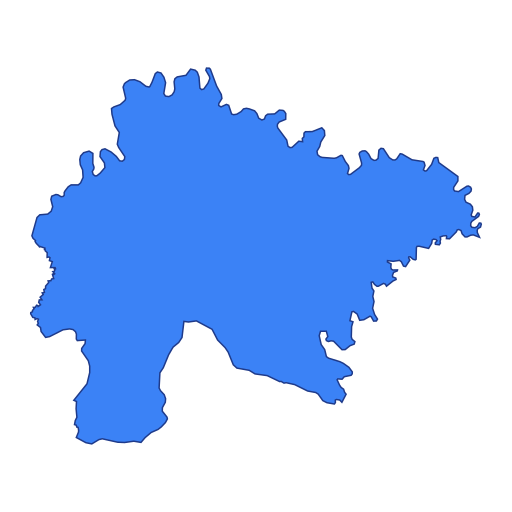 outline of Rattanaburi, Surin, Thailand
{"feature_id": "78962969B68568199624354", "entity_name": "Rattanaburi", "entity_type": "district", "adm_level": 2, "iso_a3": "THA", "parent_name": "Thailand", "parent_adm1": "Surin", "projection": "albers", "projection_center": [103.879, 15.335], "detail": "fine", "context": "isolated", "style": "filled", "palette": "blue", "viewbox_px": 512, "rotation_deg": 0, "n_neighbors": 0, "source": "geoboundaries", "source_scale": "gbopen_adm2", "svg_char_len": 5959}
<svg xmlns="http://www.w3.org/2000/svg" viewBox="0 0 512 512"><path d="M443.2,235.9L446.2,235.7L446.7,236.3L446.4,238.6L449.5,238.8L456.3,231.9L457.2,229.9L458.8,229.5L461.0,230.5L462.1,233.8L465.0,236.9L467.1,236.9L470.7,235.2L473.3,234.9L479.5,237.3L477.3,232.5L477.2,230.3L477.8,228.7L480.5,227.1L481.3,224.2L480.8,223.1L479.3,223.0L477.3,226.4L475.0,227.7L471.9,227.3L470.7,225.7L470.8,223.2L471.8,221.4L478.6,216.4L479.4,214.4L478.8,213.1L477.7,213.0L474.9,217.0L471.8,216.4L471.2,214.9L472.8,210.2L472.4,206.8L470.4,204.2L466.0,202.2L464.6,199.3L465.0,195.4L468.9,193.4L471.0,191.2L471.4,189.0L470.6,187.2L468.5,186.0L466.9,186.2L458.5,191.6L454.6,191.0L453.6,189.5L453.7,187.3L457.9,180.9L457.9,176.5L438.8,162.6L437.7,157.6L435.9,157.4L433.9,158.3L431.6,164.4L426.6,170.7L425.1,171.1L423.4,169.9L425.0,165.5L424.1,162.2L423.0,161.5L412.0,159.8L402.2,154.1L400.2,153.7L396.7,158.9L395.0,160.0L392.7,159.9L389.3,157.7L383.4,148.7L381.0,148.3L378.9,150.1L378.1,158.4L376.0,160.2L374.0,160.4L371.0,158.6L368.7,154.2L366.4,151.6L365.0,150.8L362.2,151.0L359.8,152.4L359.1,154.0L361.6,163.1L361.5,165.3L359.4,167.7L350.5,174.4L348.7,174.6L347.5,173.5L349.0,168.4L348.4,165.6L345.3,161.5L342.3,155.6L341.0,155.3L336.5,157.8L334.2,158.3L322.1,157.4L320.0,156.7L317.6,154.7L317.0,151.2L319.7,146.5L320.8,142.0L324.8,135.5L324.4,130.6L321.8,127.8L312.2,131.6L305.4,131.7L304.0,133.1L303.9,136.9L302.3,138.4L302.6,141.7L298.8,141.2L292.1,147.4L290.0,147.6L288.0,146.2L286.7,140.0L277.8,128.0L277.3,126.1L277.5,124.2L279.2,122.0L285.7,119.3L285.8,113.6L284.3,111.3L283.0,110.4L279.3,110.1L274.7,113.9L267.6,114.2L265.6,115.8L264.4,119.0L261.9,120.0L258.7,118.2L256.9,113.6L254.6,110.8L249.3,108.9L246.4,108.3L243.5,108.9L241.1,111.6L236.8,114.2L233.6,114.7L231.6,114.0L228.7,105.3L226.4,104.4L221.0,106.9L218.7,105.5L218.8,103.5L221.9,98.5L221.3,94.5L216.6,86.0L210.4,69.3L209.4,68.2L206.5,68.1L205.8,70.2L209.5,76.6L209.8,78.7L207.9,83.3L203.8,89.0L201.6,89.6L199.9,88.1L199.0,77.0L197.3,72.2L195.2,70.2L190.6,69.1L186.0,75.3L177.2,76.9L174.9,78.7L174.1,81.8L174.8,88.8L174.2,91.7L172.1,94.9L168.9,96.6L165.4,96.1L163.8,93.5L165.6,82.7L163.9,77.2L161.0,73.0L157.4,72.0L155.3,73.6L152.0,82.3L149.8,86.6L149.1,87.0L145.9,86.3L139.9,81.7L134.5,79.7L129.7,80.0L125.6,82.6L124.4,83.8L123.1,87.1L125.7,98.3L125.1,100.3L120.2,104.6L113.9,106.9L111.5,108.5L112.0,114.3L115.0,125.9L119.3,132.5L117.3,144.2L118.7,147.5L124.8,156.6L124.4,159.5L122.3,161.2L119.6,160.8L116.3,156.4L111.1,152.0L105.0,148.8L102.0,149.6L100.4,151.7L100.0,156.6L104.4,162.9L104.9,167.6L100.2,173.1L96.8,175.8L95.1,175.9L93.2,174.5L92.3,171.5L93.8,169.0L94.0,167.2L92.8,163.5L92.9,153.4L89.1,151.1L83.6,152.7L80.6,156.0L79.8,159.5L80.3,164.8L82.6,169.9L83.1,177.4L80.6,182.9L78.3,184.9L71.1,184.9L68.2,186.8L65.1,190.8L64.2,192.5L64.2,195.3L63.2,196.4L61.1,196.7L57.9,194.8L55.9,194.5L51.7,196.2L50.9,199.4L52.7,206.7L51.2,211.2L47.7,214.1L39.8,214.8L37.0,217.5L31.9,235.8L33.0,238.3L35.5,240.6L35.1,241.5L36.3,243.4L39.6,246.8L39.4,247.5L40.1,246.5L44.9,248.1L44.5,249.4L45.1,249.4L45.2,250.8L47.2,252.6L47.1,257.4L48.9,257.0L50.0,257.7L49.4,260.6L52.3,261.6L50.4,267.6L55.1,267.6L55.5,268.7L54.3,269.0L54.9,270.0L54.2,271.4L52.9,271.6L54.7,273.8L53.8,274.5L53.2,273.8L52.4,274.3L53.7,278.6L51.6,279.0L50.9,280.7L48.1,280.9L48.7,282.5L45.6,286.1L45.5,288.7L43.8,289.5L44.4,292.4L42.2,292.9L43.2,294.5L40.1,297.2L41.9,299.8L39.3,299.9L38.7,302.4L40.5,304.8L38.1,306.5L37.7,305.5L36.6,305.2L35.3,307.3L33.4,307.4L34.1,308.7L32.5,310.4L32.4,311.8L30.8,312.5L30.7,313.8L32.8,317.4L34.9,317.8L35.1,319.5L37.0,318.6L38.5,319.2L37.6,321.5L38.3,323.3L37.2,324.9L40.5,327.5L41.1,331.5L45.6,337.4L49.6,336.6L63.0,329.8L69.6,328.9L73.1,329.6L75.5,331.7L76.4,334.1L76.3,339.0L77.3,340.6L85.4,340.0L85.1,343.6L81.7,348.4L81.6,351.0L88.3,360.7L89.7,366.1L89.7,372.6L87.0,383.8L73.8,400.3L76.5,401.5L76.1,408.8L76.9,417.3L75.3,420.5L74.5,424.6L76.3,425.2L76.8,427.1L78.1,427.4L78.6,430.2L78.5,432.1L76.3,437.5L85.9,442.7L91.8,443.9L98.9,439.6L102.3,438.8L117.6,442.2L124.5,442.5L133.8,441.2L141.0,442.4L145.1,437.6L151.1,432.5L158.1,429.4L161.3,426.9L165.4,422.6L167.4,418.9L167.0,417.1L162.3,411.2L162.4,407.6L165.3,402.3L165.6,398.7L164.2,394.7L160.5,390.7L159.1,388.0L159.9,372.8L163.3,367.7L168.6,354.8L172.0,348.9L173.2,347.0L178.7,342.5L182.0,337.5L183.9,321.4L188.5,322.0L196.4,320.9L212.1,329.3L217.6,340.0L225.1,347.6L228.2,352.2L233.3,364.8L236.9,368.1L249.2,370.3L255.0,373.9L267.2,375.6L279.7,381.6L281.1,381.4L284.0,383.1L286.2,382.7L294.7,384.6L307.6,391.0L315.7,392.5L318.2,394.1L322.8,400.6L326.9,402.7L334.4,404.0L335.4,402.6L335.3,400.1L336.4,399.5L339.7,400.0L341.9,402.3L346.1,394.2L344.6,392.3L343.6,389.2L341.1,387.4L339.6,385.2L337.1,379.8L337.8,378.9L342.1,379.2L344.3,376.7L351.1,375.3L352.2,373.9L352.3,371.9L348.9,367.3L343.4,363.4L339.7,361.6L328.6,358.2L326.4,356.6L324.7,349.6L321.2,344.6L319.2,335.7L320.5,331.3L326.3,331.2L327.8,336.6L325.9,339.1L326.4,340.6L328.4,341.5L331.1,340.8L333.6,341.2L342.0,349.7L345.2,349.6L350.0,345.7L354.2,344.1L354.9,341.6L352.1,339.3L351.3,337.0L351.6,326.6L353.0,321.8L349.9,320.7L351.9,311.8L353.5,311.4L357.2,314.1L359.7,320.3L363.9,319.7L370.0,316.2L371.2,316.8L373.6,321.1L376.4,321.0L377.5,319.1L374.6,314.5L372.6,308.3L374.0,301.6L372.8,296.4L373.9,291.0L372.0,288.1L371.2,282.3L372.8,281.9L374.5,284.4L377.0,286.3L378.4,286.2L383.5,283.4L385.4,284.2L386.5,286.2L393.0,281.0L396.1,279.5L395.8,278.1L392.7,276.9L392.5,275.2L393.6,272.4L397.3,270.9L397.5,269.9L392.9,270.0L391.4,269.2L390.8,267.3L391.1,263.9L387.4,262.0L387.5,260.6L393.2,261.3L399.5,260.4L401.3,261.7L403.5,266.1L405.6,266.6L409.8,260.2L408.6,257.8L408.9,256.8L410.2,256.8L413.1,259.3L415.3,259.9L416.1,259.3L416.4,247.6L417.0,246.4L419.0,246.2L428.6,248.4L431.7,243.3L432.2,240.0L433.7,239.1L436.1,239.6L437.1,240.7L435.2,242.9L435.4,244.3L439.3,244.8L440.4,243.1L440.1,241.2L440.7,239.3L440.2,237.0L443.2,235.9Z" fill="#3b82f6" stroke="#1e3a8a" stroke-width="1.5"/></svg>